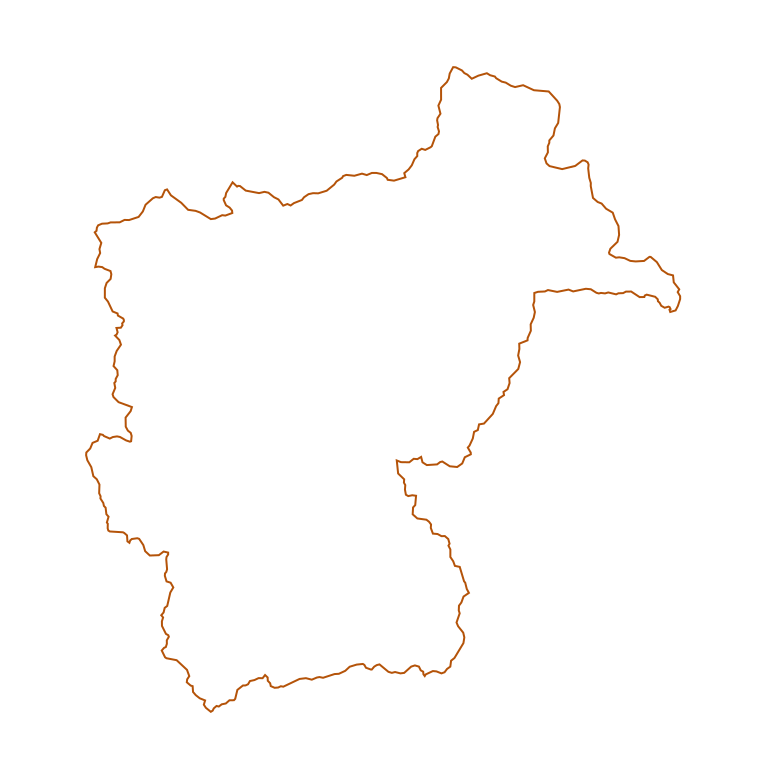 the district of Recuay, Áncash, Peru, rotated 174°
{"feature_id": "86281439B88732567790180", "entity_name": "Recuay", "entity_type": "district", "adm_level": 2, "iso_a3": "PER", "parent_name": "Peru", "parent_adm1": "Áncash", "projection": "albers", "projection_center": [-77.446, -9.949], "detail": "fine", "context": "isolated", "style": "outline", "palette": "amber", "viewbox_px": 768, "rotation_deg": 174, "n_neighbors": 0, "source": "geoboundaries", "source_scale": "gbopen_adm2", "svg_char_len": 6076}
<svg xmlns="http://www.w3.org/2000/svg" viewBox="0 0 768 768"><g transform="rotate(174 384 384)"><path d="M305.0,305.0L304.9,306.7L307.3,312.0L305.4,313.8L301.4,320.5L299.4,327.0L295.5,328.4L293.7,333.9L288.7,334.2L278.9,342.9L274.8,350.3L272.2,353.0L271.4,357.5L265.8,360.4L266.0,363.6L261.7,365.9L259.0,371.8L258.9,376.7L248.9,384.9L246.4,391.5L247.6,398.3L245.7,404.7L245.3,410.0L236.7,412.4L236.3,414.8L232.4,421.6L231.9,428.0L228.2,434.2L226.4,439.8L227.4,447.0L225.9,450.4L225.0,458.8L221.2,459.6L214.3,459.2L211.1,460.3L202.2,457.5L190.6,458.6L186.2,456.3L173.3,457.6L168.4,456.6L163.2,452.5L160.9,451.6L158.7,451.9L154.7,451.0L151.4,451.6L143.8,448.9L141.4,449.7L136.7,449.4L133.7,450.6L128.5,450.1L120.7,443.7L116.0,443.3L115.4,444.7L113.4,445.4L105.2,442.4L102.9,439.6L102.9,437.7L101.4,436.0L100.1,432.8L96.9,430.5L92.9,431.2L91.9,430.6L91.2,428.6L92.3,428.0L91.8,425.7L86.3,426.7L83.6,430.8L80.6,437.5L80.3,440.4L82.3,444.7L80.5,447.3L85.2,454.8L85.2,461.8L90.3,463.7L95.8,468.3L99.9,476.7L105.5,482.5L106.7,482.7L112.5,479.2L121.0,479.6L126.2,480.7L131.6,484.0L136.8,485.4L140.2,485.4L146.2,489.7L146.5,491.1L144.7,494.9L136.9,501.0L134.6,507.7L134.3,516.6L137.0,523.6L138.6,530.5L144.8,535.1L148.7,540.7L152.5,542.7L156.7,547.2L157.7,559.3L157.3,562.3L158.3,567.6L158.4,577.1L157.6,580.8L158.3,583.2L160.9,585.2L163.2,585.6L171.0,580.9L184.4,579.1L196.6,583.4L199.3,586.4L200.5,591.6L196.8,597.2L196.3,603.2L194.4,606.6L194.1,609.0L189.5,613.4L187.3,620.4L183.5,625.4L180.1,641.0L180.4,644.1L182.2,647.7L189.6,657.7L204.2,660.5L214.4,666.6L222.6,665.6L226.7,667.4L231.4,671.0L235.3,672.4L240.5,676.4L241.6,678.2L246.2,680.0L249.2,682.3L257.9,680.8L264.8,678.4L268.7,682.9L271.6,684.8L273.7,687.7L279.5,691.4L282.1,691.9L286.2,685.9L287.6,681.1L289.9,677.7L296.3,672.5L297.5,660.8L300.8,655.2L299.6,646.9L303.0,642.8L303.6,640.7L303.2,635.9L303.8,634.0L302.9,629.5L303.7,626.9L307.1,624.6L311.6,615.5L312.9,614.6L318.5,612.5L321.9,614.0L325.7,612.1L326.8,610.2L327.1,607.2L330.2,604.4L333.5,598.6L337.1,594.8L341.8,591.6L341.1,587.4L352.8,585.2L359.0,586.7L359.6,588.6L364.0,592.9L369.5,594.7L373.9,595.2L379.3,593.6L383.9,595.5L391.7,594.2L399.7,595.9L403.0,595.0L404.0,593.5L410.1,590.4L412.7,587.5L420.8,582.2L429.5,580.5L434.6,581.2L439.2,580.7L444.0,578.1L446.4,575.6L454.7,573.3L458.2,571.3L461.3,573.1L465.6,571.9L469.7,578.6L473.9,581.3L478.9,586.3L482.8,587.6L488.3,586.9L501.3,590.8L506.5,595.9L508.3,596.3L509.5,595.7L513.5,600.4L521.0,590.5L522.2,586.7L524.0,585.1L524.2,583.7L522.4,578.2L519.1,575.6L517.0,572.4L517.0,569.9L524.2,568.1L527.3,568.8L534.7,566.2L539.0,566.1L549.0,573.8L553.3,575.9L560.6,577.7L566.7,585.4L576.2,593.9L579.4,600.2L581.7,599.6L585.3,593.3L587.8,592.8L591.5,593.8L594.4,592.9L602.4,587.2L605.8,580.8L610.6,575.8L620.4,573.7L624.9,574.3L630.0,572.4L639.0,573.3L642.0,572.6L647.7,572.9L651.7,571.7L653.2,569.5L653.9,566.4L655.8,565.1L650.4,553.9L652.9,547.9L652.6,543.9L656.2,538.2L659.0,530.4L655.7,530.6L652.0,529.7L649.9,527.8L644.2,524.9L643.7,521.7L644.9,517.1L649.3,513.5L651.6,508.4L652.6,499.0L649.9,494.8L646.3,484.5L641.6,482.0L641.5,479.9L636.5,476.3L636.0,474.8L636.2,473.4L638.1,471.6L637.9,469.8L639.8,467.5L644.2,467.7L643.5,463.3L644.8,461.1L646.4,460.3L642.6,455.4L641.5,450.6L646.4,444.8L649.0,439.5L649.5,434.7L651.1,430.1L647.8,425.6L647.9,420.6L650.3,417.1L650.6,414.6L652.1,413.2L651.7,408.2L655.0,402.2L654.4,399.3L649.9,393.7L637.1,387.4L638.8,383.5L644.5,377.6L645.3,368.5L643.6,364.4L641.0,361.9L640.4,358.7L641.5,353.5L642.7,353.2L646.3,354.8L652.1,358.9L655.0,359.8L659.2,359.6L662.4,358.4L667.9,361.5L668.9,362.8L671.7,363.8L674.7,357.5L680.0,355.9L682.9,350.6L687.2,347.0L687.7,344.3L687.0,339.2L683.8,331.9L682.7,322.7L679.6,319.3L677.5,313.7L678.7,305.1L677.6,302.0L678.0,299.8L675.6,295.0L675.3,292.0L673.8,290.1L673.7,283.5L671.8,280.8L674.1,275.2L673.3,273.9L673.9,269.4L673.5,267.1L672.1,266.0L659.1,263.8L657.9,263.0L655.4,260.3L655.6,254.3L653.8,252.7L652.8,254.9L651.0,256.2L645.5,256.4L643.7,255.6L640.2,249.0L639.0,242.7L634.8,237.9L625.8,237.3L620.7,240.4L616.3,238.9L616.5,237.0L618.4,234.6L618.9,232.3L619.1,222.4L620.2,219.8L621.6,218.5L622.0,216.1L620.9,210.4L617.0,208.7L614.8,203.7L618.3,199.0L622.8,185.9L625.5,184.3L627.1,179.8L629.7,177.3L628.1,174.9L629.7,171.2L630.1,166.6L627.0,158.3L624.8,156.7L624.4,155.1L626.8,151.8L627.1,148.3L628.5,145.2L630.3,144.6L632.9,142.2L630.3,135.1L629.0,134.0L619.1,131.0L609.8,120.3L608.2,113.8L610.6,110.9L611.3,108.0L607.8,104.3L605.9,103.5L606.1,97.7L603.7,94.2L600.1,90.7L595.0,88.0L596.7,83.9L595.0,80.6L590.5,76.1L588.5,77.1L587.2,79.2L584.2,81.3L582.0,80.5L578.9,82.4L574.7,82.8L570.8,85.6L566.3,85.2L564.9,86.4L561.8,95.1L555.8,98.9L553.2,98.7L550.6,99.6L548.4,102.6L543.8,103.1L539.5,104.6L535.5,104.1L532.7,107.0L530.4,104.3L530.6,101.0L528.5,98.3L528.2,95.4L524.5,93.3L521.0,93.2L518.2,94.2L515.8,93.5L498.8,99.5L492.4,99.6L486.7,97.5L481.4,99.1L478.8,99.3L475.3,98.2L463.5,100.7L459.2,100.5L452.5,102.8L447.7,106.4L440.5,107.8L434.3,107.8L432.9,106.7L431.6,103.7L426.9,101.4L426.0,101.3L423.3,103.9L420.6,105.2L417.8,105.6L409.7,97.3L406.4,95.9L403.1,96.4L397.9,94.5L394.1,94.6L386.5,100.1L382.7,100.9L378.8,99.3L377.4,95.4L375.1,93.8L375.1,91.1L374.0,89.3L372.9,90.8L365.4,93.4L361.9,92.7L357.1,90.2L353.9,91.0L351.1,94.0L347.6,96.0L346.2,101.8L342.6,104.1L332.1,118.0L330.6,123.6L331.2,128.4L335.6,135.3L336.8,139.2L332.7,148.0L333.3,151.0L332.6,155.7L329.9,158.6L327.1,164.3L321.4,167.4L323.1,171.5L324.0,177.9L325.0,179.4L327.8,194.2L332.5,195.7L333.7,200.5L336.1,205.0L335.3,212.5L336.8,216.5L335.5,218.3L336.3,223.1L339.4,226.4L342.8,226.7L346.4,229.2L351.0,230.1L352.5,236.0L351.9,239.4L353.6,242.3L356.0,244.6L364.9,246.8L369.1,251.4L368.0,258.2L365.6,260.3L363.8,269.5L367.5,270.4L371.6,270.0L373.8,271.6L374.2,276.8L373.4,281.2L374.5,283.8L373.9,287.1L379.3,293.5L379.3,306.6L375.3,304.5L367.0,303.5L362.3,306.5L358.6,305.8L354.7,307.6L353.9,302.1L349.9,298.9L339.6,298.5L336.3,300.5L334.1,300.8L327.2,295.3L319.9,293.8L314.5,296.8L311.3,302.7L305.0,305.0Z" fill="none" stroke="#b45309" stroke-width="2"/></g></svg>